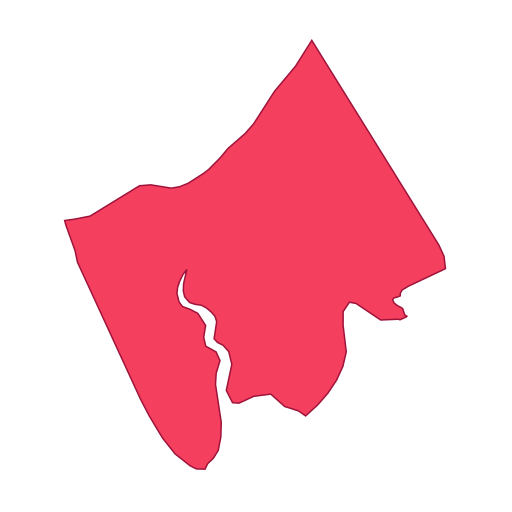 the border of Commewijne, rotated 243°
{"feature_id": "SUR-70", "entity_name": "Commewijne", "entity_type": "District", "adm_level": 1, "iso_a3": "SUR", "parent_name": "Suriname", "parent_adm1": "", "projection": "natural_earth1", "projection_center": [-54.973, 5.762], "detail": "fine", "context": "isolated", "style": "filled", "palette": "rose", "viewbox_px": 512, "rotation_deg": 243, "n_neighbors": 0, "source": "natural_earth", "source_scale": "10m", "svg_char_len": 1391}
<svg xmlns="http://www.w3.org/2000/svg" viewBox="0 0 512 512"><g transform="rotate(243 256 256)"><path d="M108.9,213.2L126.2,206.5L132.0,190.3L132.6,174.1L135.9,168.5L149.7,168.5L170.5,185.3L183.2,188.3L191.4,186.2L196.5,182.4L201.3,181.1L215.3,191.1L220.7,192.1L226.0,190.8L232.2,188.3L237.1,184.8L240.5,179.9L244.7,175.7L252.0,173.9L258.0,175.4L264.3,179.0L275.4,188.3L272.6,182.4L268.3,176.7L263.4,171.7L258.3,168.5L250.0,166.6L244.3,167.6L238.5,173.0L231.3,178.1L217.0,179.6L207.3,172.5L198.5,170.3L188.6,176.9L179.1,176.4L169.6,167.3L159.9,161.6L123.5,149.5L110.7,142.5L99.9,134.1L95.2,126.3L92.9,118.7L89.2,113.8L93.4,106.2L98.9,102.1L116.3,94.1L136.0,90.1L161.4,88.3L180.8,88.1L331.5,94.1L342.9,97.2L369.7,100.6L374.5,101.6L371.4,110.5L366.9,126.2L371.5,184.1L367.2,194.5L354.9,211.4L352.4,219.5L351.6,228.5L353.5,247.3L354.5,252.8L359.7,268.5L364.6,280.0L370.0,301.7L374.9,314.0L394.3,347.2L407.2,377.4L422.8,403.6L183.0,423.9L170.4,423.4L158.7,419.1L159.9,378.3L159.4,370.9L157.4,367.8L155.0,366.4L155.2,363.5L156.0,360.1L155.2,357.9L151.4,357.7L147.5,359.6L144.2,361.9L142.4,362.8L136.1,361.8L133.8,363.1L133.5,362.4L133.8,355.4L135.2,353.8L142.4,338.0L164.9,325.5L168.3,323.6L172.4,318.2L166.9,308.4L154.6,302.1L129.6,292.9L118.2,283.3L108.8,271.4L101.2,257.9L99.3,253.3L95.3,243.3L91.0,227.6L98.7,223.5L108.9,213.2Z" fill="#f43f5e" stroke="#9f1239" stroke-width="1.5"/></g></svg>